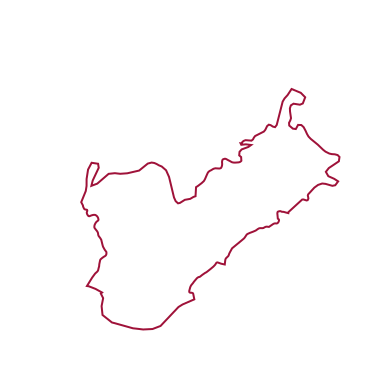 map outline of Sremski (Albers equal-area conic projection), rotated 140°
{"feature_id": "SRB-281", "entity_name": "Sremski", "entity_type": "District", "adm_level": 1, "iso_a3": "SRB", "parent_name": "Republic of Serbia", "parent_adm1": "", "projection": "albers", "projection_center": [19.679, 44.916], "detail": "fine", "context": "isolated", "style": "outline", "palette": "rose", "viewbox_px": 384, "rotation_deg": 140, "n_neighbors": 0, "source": "natural_earth", "source_scale": "10m", "svg_char_len": 4624}
<svg xmlns="http://www.w3.org/2000/svg" viewBox="0 0 384 384"><g transform="rotate(140 192 192)"><path d="M89.9,194.2L88.8,192.7L88.0,190.1L86.7,188.3L84.0,188.9L64.4,203.0L60.9,204.2L56.5,204.8L49.5,206.9L44.9,198.0L44.4,191.8L50.2,188.6L53.2,189.5L57.5,194.4L60.6,194.8L63.2,193.2L65.2,190.6L68.7,184.9L70.8,183.6L73.2,182.6L74.8,180.4L74.0,175.7L72.0,173.5L67.6,175.2L65.2,173.0L64.8,169.9L65.6,166.1L66.6,162.5L67.1,159.6L66.9,156.4L65.2,147.4L64.4,140.0L63.8,137.1L62.1,133.2L60.6,131.2L58.4,129.1L56.7,126.7L56.5,124.0L59.8,121.1L71.8,122.4L76.5,121.4L77.4,116.5L74.6,110.7L73.2,106.2L77.9,105.1L80.5,106.5L84.5,112.4L86.8,114.8L90.9,116.4L95.5,116.7L104.6,115.5L105.6,114.8L106.3,113.4L107.1,112.1L108.7,111.4L109.7,111.9L111.4,114.6L112.4,115.4L131.1,114.6L131.8,113.9L133.1,115.7L134.6,117.9L134.9,118.2L135.5,118.7L135.8,119.0L136.1,119.6L136.5,120.3L136.6,120.5L136.9,120.8L137.1,120.9L138.2,121.5L138.5,121.6L138.9,121.7L139.1,121.7L139.3,121.6L139.6,121.4L139.8,121.3L140.0,121.1L140.6,120.5L140.9,120.0L143.4,116.4L143.3,116.1L143.1,115.4L143.2,114.9L143.5,114.4L143.9,114.1L144.3,113.8L145.4,113.3L146.2,113.2L146.5,113.2L147.0,113.3L147.5,113.6L148.6,114.6L149.1,114.9L149.6,115.1L150.5,115.3L155.5,115.8L156.7,117.1L157.3,117.6L157.8,117.9L158.3,118.1L159.7,118.4L160.4,118.5L160.9,118.8L161.4,119.1L162.9,120.4L163.8,121.0L164.3,121.1L165.2,121.3L167.8,121.5L168.6,121.7L170.9,122.4L174.0,123.5L176.2,124.1L176.8,124.2L177.5,124.2L180.6,123.3L181.4,123.1L182.3,123.0L184.9,123.0L197.5,123.1L201.6,121.5L203.2,120.8L204.3,120.1L204.9,119.8L205.5,119.6L208.4,119.4L209.1,119.2L209.7,118.9L210.2,118.5L211.4,117.4L213.5,115.4L215.8,118.4L217.6,121.5L217.9,121.8L218.3,122.0L218.7,122.1L219.1,122.0L221.0,121.4L221.8,121.3L223.5,121.1L227.1,121.1L230.8,121.2L232.7,121.3L233.5,121.5L234.0,121.6L237.3,121.9L240.4,122.0L240.8,122.1L241.7,122.6L242.1,122.7L243.6,122.8L247.2,122.2L248.7,121.9L249.7,121.6L252.5,121.1L253.3,120.8L254.0,120.5L254.7,120.1L256.7,118.7L257.7,118.0L258.1,117.5L258.3,117.2L258.4,116.8L258.3,116.4L258.0,115.9L257.0,115.0L256.6,114.4L256.4,114.0L256.4,113.6L256.5,113.3L256.7,112.9L259.2,108.3L271.5,111.9L276.3,112.6L302.2,109.6L310.3,112.4L317.8,118.1L322.3,122.9L324.8,125.5L335.6,141.3L337.2,143.5L339.6,155.3L334.6,162.7L328.3,167.8L327.1,172.8L325.5,172.8L328.2,179.8L331.6,186.0L332.9,187.5L323.5,190.6L318.6,191.8L316.0,191.9L315.3,192.0L314.4,192.3L313.8,192.7L312.5,193.7L311.0,194.7L309.4,196.3L306.6,198.5L306.2,198.8L305.6,199.1L304.9,199.2L303.2,199.2L301.5,199.1L299.7,198.8L299.1,198.8L298.6,198.9L298.1,199.1L297.6,199.4L296.7,200.3L296.3,200.9L296.1,201.3L296.1,201.8L296.0,203.6L295.9,204.3L295.3,207.3L294.6,208.9L292.2,213.8L291.9,215.9L291.8,218.2L291.6,218.9L291.3,219.6L290.5,220.8L290.2,221.5L290.0,222.3L289.9,223.1L289.8,226.4L289.7,227.2L289.5,227.7L289.2,228.1L288.5,228.8L287.7,229.4L286.2,230.1L284.7,230.5L284.1,230.6L283.2,230.5L282.6,230.5L282.1,230.6L281.7,230.7L281.3,231.1L280.8,232.1L280.6,232.5L280.4,233.4L280.3,234.3L280.4,235.1L280.6,236.0L280.8,236.5L281.1,236.9L281.9,237.6L282.7,238.1L284.3,238.8L286.0,239.3L286.3,239.6L286.7,240.0L286.8,240.6L286.8,241.2L286.5,242.7L286.2,243.3L285.9,243.8L285.6,244.1L284.3,244.9L284.1,245.2L283.9,245.7L284.0,246.0L285.2,247.5L285.4,248.0L285.4,248.6L285.3,249.0L284.8,250.8L284.2,251.8L283.4,255.4L272.8,261.0L268.9,264.4L264.4,269.7L257.2,276.0L250.1,278.9L245.8,274.0L247.9,270.5L260.7,264.6L265.1,261.4L259.2,259.3L244.2,259.5L239.0,256.0L235.3,252.1L229.5,247.9L218.7,242.4L207.6,242.2L204.0,240.5L202.2,238.4L201.1,236.2L200.2,233.7L198.8,231.0L197.9,225.3L199.9,218.3L209.3,199.4L210.4,195.5L210.0,192.3L208.3,191.4L202.5,190.6L197.8,187.9L194.1,187.3L192.0,186.5L185.8,193.1L185.1,193.0L183.3,192.8L178.8,192.6L177.0,192.7L176.2,192.7L175.4,192.9L173.8,193.5L170.0,195.4L167.9,196.4L167.1,196.7L166.4,196.8L165.7,196.8L165.0,196.8L163.4,196.4L161.3,196.1L160.2,195.8L158.8,195.1L158.3,194.6L156.3,192.7L155.8,192.3L155.2,192.0L154.6,191.8L154.3,191.8L153.7,192.0L153.0,192.3L152.1,192.9L151.5,193.4L150.7,194.3L149.7,195.7L148.8,196.5L148.2,196.9L147.7,197.1L147.3,197.1L146.9,197.0L146.0,196.6L145.5,196.4L145.0,195.9L144.6,195.2L143.9,193.3L143.1,191.4L142.4,189.5L142.1,188.9L141.2,187.8L140.1,186.8L137.6,185.0L137.0,184.6L136.0,184.2L135.3,184.1L134.6,184.1L134.1,184.2L131.9,187.2L132.3,189.7L129.8,192.2L126.6,192.7L119.9,190.3L116.5,190.0L120.1,193.9L123.9,196.5L123.5,198.1L122.6,197.2L122.6,197.5L122.0,197.8L119.8,198.0L117.7,197.3L113.4,193.1L111.4,193.1L109.6,193.9L107.6,194.3L98.1,192.1L95.9,192.5L92.1,194.2L89.9,194.2Z" fill="none" stroke="#9f1239" stroke-width="2"/></g></svg>